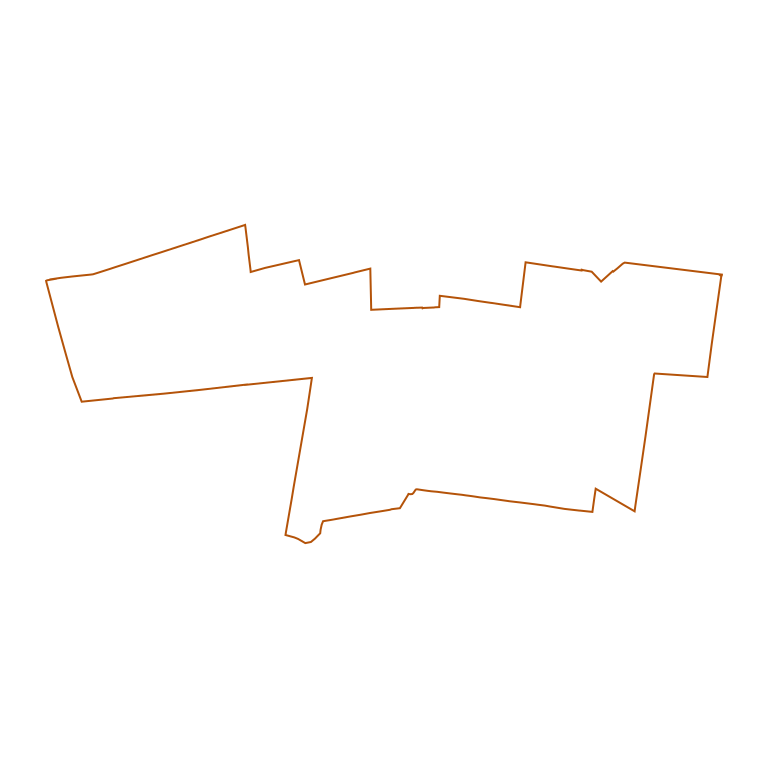 Goicea, Dolj, Romania (Equal Earth projection)
{"feature_id": "2599482B52312852000830", "entity_name": "Goicea", "entity_type": "district", "adm_level": 2, "iso_a3": "ROU", "parent_name": "Romania", "parent_adm1": "Dolj", "projection": "equal_earth", "projection_center": [23.601, 43.927], "detail": "fine", "context": "isolated", "style": "outline", "palette": "amber", "viewbox_px": 768, "rotation_deg": 0, "n_neighbors": 0, "source": "geoboundaries", "source_scale": "gbopen_adm2", "svg_char_len": 2211}
<svg xmlns="http://www.w3.org/2000/svg" viewBox="0 0 768 768"><path d="M634.6,511.3L635.2,506.9L635.3,506.1L640.6,470.0L645.5,436.3L654.1,374.3L654.6,373.5L707.4,377.0L711.8,343.5L721.3,276.1L721.0,275.9L720.2,275.3L721.8,275.3L721.9,274.6L624.7,262.6L622.7,263.7L617.2,268.5L613.3,271.6L612.7,271.1L601.1,281.6L591.7,271.7L583.5,270.2L581.6,269.7L581.5,270.1L581.5,270.5L568.2,268.6L553.8,266.5L552.9,266.4L538.9,264.3L525.6,262.3L520.3,305.3L520.1,307.2L491.3,302.9L491.1,302.9L478.6,301.1L464.0,298.8L439.8,295.8L439.2,307.1L435.1,307.3L434.0,307.5L431.4,307.6L426.9,307.8L425.5,307.9L424.8,307.9L423.1,308.0L422.8,308.2L422.5,308.3L422.2,307.6L421.1,307.6L420.8,307.6L419.9,307.7L418.6,307.7L414.8,307.8L414.0,307.9L395.3,308.7L371.2,309.8L371.0,299.8L370.3,268.6L354.4,272.5L353.5,272.8L329.4,278.6L305.0,284.5L299.0,260.1L273.4,266.0L265.1,267.9L250.7,272.0L250.5,269.8L248.6,254.4L247.9,247.4L245.4,226.9L245.1,224.9L244.0,225.3L231.1,229.5L209.7,236.4L203.7,238.4L203.5,238.5L177.7,246.9L165.4,250.9L160.2,252.6L152.0,255.2L125.4,263.9L115.1,267.2L110.0,268.9L97.8,272.8L93.0,274.3L90.6,274.6L83.7,275.3L72.1,276.5L61.0,277.8L53.6,278.9L52.9,279.0L53.4,279.2L47.1,280.3L46.1,280.8L46.3,281.9L58.1,326.5L65.5,353.0L72.3,377.0L81.7,401.7L112.9,398.5L113.6,398.2L164.4,393.6L200.8,389.8L246.1,384.6L246.0,384.8L311.9,377.9L311.0,383.9L310.3,388.6L307.2,409.1L293.7,486.8L291.6,499.5L285.9,532.4L285.5,535.0L294.3,537.4L298.0,538.9L305.3,543.1L310.9,542.0L315.0,538.6L318.0,535.5L320.2,533.3L320.6,529.7L321.7,524.6L323.1,521.2L330.5,520.0L350.6,516.4L360.8,514.7L370.0,513.0L380.2,511.4L387.5,510.2L389.9,509.8L391.6,509.2L399.9,508.2L407.9,495.1L408.5,493.9L409.4,494.1L410.7,494.2L412.3,494.0L413.4,493.0L415.4,490.0L416.2,489.3L417.2,489.3L423.1,490.2L427.4,490.8L431.4,491.3L437.2,491.8L443.3,492.6L449.8,493.4L457.5,494.3L462.0,494.8L466.0,495.4L468.5,495.7L472.2,496.2L476.2,496.8L480.0,497.4L480.9,497.5L486.3,498.1L494.4,499.1L498.6,499.7L507.9,501.0L509.1,501.2L519.6,502.4L534.9,504.3L537.0,504.6L544.9,505.6L550.4,506.6L550.5,506.6L564.5,508.9L576.9,510.3L579.5,510.6L580.0,510.6L592.4,511.9L593.8,501.7L594.3,498.1L595.7,488.7L634.6,511.3Z" fill="none" stroke="#b45309" stroke-width="2"/></svg>